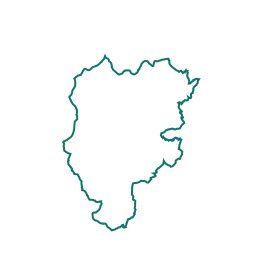 Valea Lunga, Dâmbovita, Romania (orthographic projection), rotated 139°
{"feature_id": "2599482B2007717894354", "entity_name": "Valea Lunga", "entity_type": "district", "adm_level": 2, "iso_a3": "ROU", "parent_name": "Romania", "parent_adm1": "Dâmbovita", "projection": "orthographic", "projection_center": [25.56, 45.063], "detail": "fine", "context": "isolated", "style": "outline", "palette": "teal", "viewbox_px": 256, "rotation_deg": 139, "n_neighbors": 0, "source": "geoboundaries", "source_scale": "gbopen_adm2", "svg_char_len": 5699}
<svg xmlns="http://www.w3.org/2000/svg" viewBox="0 0 256 256"><g transform="rotate(139 128 128)"><path d="M136.1,200.6L136.4,199.4L137.1,198.3L137.9,196.8L140.4,194.3L145.4,192.7L146.9,191.5L148.8,190.3L151.8,190.0L152.2,189.4L152.8,187.7L152.9,186.6L153.4,185.5L153.7,183.8L153.9,182.6L153.6,179.4L154.2,176.6L155.1,174.7L156.2,173.4L157.7,172.0L158.3,171.8L158.4,170.5L160.7,167.9L163.8,167.8L166.2,165.7L169.6,162.3L172.1,160.5L175.1,159.0L176.8,158.7L179.7,158.8L181.0,159.1L182.2,159.0L182.6,159.3L185.6,160.0L186.3,159.7L186.6,158.0L187.0,157.5L188.3,156.8L189.6,154.5L190.5,153.7L190.7,152.6L191.0,152.3L189.6,148.0L188.4,146.2L191.7,144.4L192.8,144.1L193.1,143.6L193.9,143.3L194.2,142.9L194.2,142.4L195.2,142.1L195.5,141.3L196.0,140.8L196.9,139.5L196.7,138.5L196.9,138.1L196.8,137.2L197.0,136.7L196.8,135.5L197.1,134.9L196.9,134.2L197.4,133.9L197.7,133.3L198.2,133.0L198.3,132.7L197.9,132.2L197.9,131.6L198.2,129.6L198.7,128.7L196.4,125.8L196.8,124.7L196.9,123.6L197.2,123.1L197.3,122.2L198.0,121.0L198.0,118.2L199.2,117.1L199.9,116.2L199.9,115.9L200.5,115.3L201.1,114.0L202.1,113.3L202.3,112.1L203.4,111.2L202.8,110.5L202.1,109.2L202.1,106.9L202.6,104.9L203.2,104.0L202.9,102.9L203.6,101.8L204.1,99.2L201.4,96.6L201.4,95.9L200.5,95.0L200.7,94.3L200.6,93.5L199.8,92.3L196.4,90.3L197.2,89.4L197.4,88.4L198.6,87.6L200.0,87.2L200.5,86.6L201.7,85.9L203.9,85.2L207.8,85.4L209.6,86.8L210.3,86.9L210.9,86.7L212.0,85.4L213.0,83.8L213.6,82.6L213.7,81.7L213.4,79.7L212.4,78.6L211.9,77.5L211.9,76.9L211.8,76.1L211.0,73.7L209.8,72.7L209.6,71.9L208.4,71.3L207.7,70.4L207.8,68.8L208.4,66.7L207.6,64.2L207.3,61.3L206.7,61.2L205.0,60.2L204.2,59.9L202.9,59.9L202.1,59.3L200.3,59.2L199.3,58.4L197.5,58.2L196.2,58.5L195.1,58.2L195.1,57.9L196.7,56.3L196.3,55.5L195.2,54.9L195.3,55.4L195.0,55.7L194.4,55.2L193.9,55.4L192.7,56.1L192.0,56.9L191.3,57.0L191.0,57.4L188.8,58.4L188.1,59.1L187.6,59.1L186.6,58.3L185.7,58.3L185.0,58.1L184.1,58.3L183.3,57.5L181.2,57.9L179.4,58.6L179.6,59.4L179.4,59.7L178.3,59.8L177.0,60.9L175.8,61.4L175.6,62.9L175.4,63.3L173.4,64.8L172.3,66.3L170.4,68.0L170.3,68.6L171.1,70.6L170.9,71.1L169.0,72.7L168.7,73.4L168.8,74.8L168.6,75.4L163.7,80.5L162.1,81.9L160.5,82.8L160.0,82.7L157.6,81.0L155.6,80.0L152.6,79.5L151.8,78.3L150.7,77.5L149.6,75.9L149.5,74.7L148.8,73.7L148.2,73.5L146.3,74.0L144.2,74.1L143.9,75.4L143.4,75.4L140.1,74.0L138.6,73.8L138.5,74.3L138.6,75.0L138.0,75.6L137.9,75.9L138.4,76.6L138.5,76.9L137.4,76.2L135.6,75.6L135.2,75.9L135.2,76.9L134.9,77.5L131.7,77.8L130.4,77.5L125.0,77.5L122.5,79.8L122.8,78.1L122.8,75.4L122.5,75.0L122.1,73.7L121.0,71.9L121.2,70.8L120.7,70.4L119.5,70.0L118.2,69.9L117.6,70.1L115.4,70.3L114.3,70.9L113.6,71.9L112.8,72.1L110.3,71.8L109.7,71.5L109.1,70.6L108.7,70.7L107.7,71.5L104.6,72.5L102.5,74.7L102.5,75.0L102.6,76.0L103.0,77.9L103.4,78.8L103.0,79.0L102.9,79.3L102.4,79.4L102.0,79.9L101.5,80.1L101.0,80.9L100.2,81.5L95.3,84.3L95.8,85.5L96.1,85.2L96.5,85.4L96.6,85.6L96.3,85.9L97.6,86.0L97.1,86.8L97.6,87.3L97.5,87.8L98.1,87.9L98.3,88.2L98.3,88.5L98.1,89.2L98.3,89.5L101.0,90.0L101.3,89.8L100.9,89.4L101.1,89.0L101.4,89.0L102.1,89.3L102.1,90.0L102.4,90.1L102.6,89.8L102.4,89.3L102.6,89.1L103.3,89.6L103.8,91.2L104.7,91.7L105.8,91.8L105.7,93.1L106.5,94.4L106.9,94.4L107.4,94.1L107.6,94.4L107.6,95.0L107.4,95.6L107.1,96.0L107.1,96.5L107.2,97.0L108.1,97.4L107.3,98.4L108.0,98.6L108.4,98.9L108.0,99.8L108.1,100.4L107.8,101.1L106.3,102.1L104.7,101.4L102.1,101.0L101.1,101.4L99.7,100.8L98.8,100.7L98.3,100.1L97.8,100.1L96.8,99.4L95.0,98.5L94.3,97.6L93.6,96.3L93.6,96.1L91.3,95.2L90.1,94.0L88.8,93.8L85.7,94.9L82.3,94.9L81.7,96.1L81.9,97.3L81.7,97.9L81.8,98.4L81.5,99.8L81.1,100.5L80.8,99.8L80.3,99.7L79.5,99.9L79.5,101.1L78.6,102.7L78.6,103.6L78.1,104.7L78.8,105.0L78.6,105.4L78.4,105.8L76.6,105.1L76.4,105.5L76.8,108.0L76.2,109.5L76.1,110.6L73.8,112.2L73.7,112.5L73.8,113.2L73.0,113.4L72.8,113.6L72.9,113.9L72.3,113.6L71.4,112.2L71.9,111.0L70.8,111.0L70.1,111.7L69.3,111.9L69.0,111.9L68.6,111.4L67.0,111.8L66.5,111.4L66.3,110.9L64.7,109.8L62.5,110.9L62.2,111.6L61.7,109.9L61.1,109.4L60.1,109.7L59.5,110.5L59.4,111.1L58.8,111.5L58.2,112.4L57.7,112.5L56.1,111.9L55.6,112.6L54.5,113.4L53.8,113.6L53.3,114.2L53.2,114.7L52.1,115.4L49.0,115.7L48.3,115.5L47.6,116.0L46.2,116.1L44.1,117.8L42.3,118.3L43.8,120.0L44.3,120.4L45.1,120.5L45.4,120.8L46.2,120.7L47.0,121.2L47.1,120.9L48.0,120.8L49.2,121.1L49.8,120.9L51.8,120.9L53.0,121.7L51.0,123.1L50.4,124.7L49.9,125.5L49.9,127.0L49.2,128.0L48.9,128.9L46.3,130.8L46.5,132.0L47.3,132.7L47.2,132.9L46.6,132.8L46.9,133.1L46.6,133.6L48.0,133.3L48.6,132.9L48.7,133.5L49.2,133.3L50.5,133.4L50.4,133.9L50.6,134.4L50.3,135.1L50.5,135.5L50.4,136.4L50.6,136.6L52.6,136.8L52.7,137.9L53.2,139.0L53.9,140.9L53.9,141.9L54.5,144.0L54.7,146.8L54.7,148.6L54.2,149.9L52.8,151.4L52.8,151.9L52.5,152.0L52.6,153.0L52.1,153.5L52.1,153.9L58.0,157.5L59.1,157.7L60.8,158.6L61.7,158.7L63.6,160.7L64.1,160.9L64.6,160.8L65.7,159.9L66.2,159.8L68.1,158.3L68.5,158.4L69.1,159.1L69.3,161.4L69.8,162.7L69.4,164.0L69.6,164.4L69.5,165.7L71.4,167.5L73.1,167.9L74.4,167.6L75.4,167.6L78.5,166.0L80.4,165.5L80.8,164.9L82.5,165.1L82.9,164.5L84.7,163.8L87.3,164.0L87.9,164.2L88.9,165.1L89.1,166.1L89.6,166.9L89.6,168.2L89.1,169.1L89.0,169.7L89.5,170.9L91.6,172.7L92.9,173.4L93.4,173.2L94.2,173.6L96.5,172.9L99.7,174.1L100.3,175.8L100.8,180.6L101.0,181.9L100.6,183.0L100.5,184.2L100.2,184.8L99.6,185.2L98.2,187.9L98.2,189.7L98.5,190.8L97.7,192.3L97.7,193.4L98.6,195.7L98.2,197.3L100.1,196.2L101.5,195.7L102.1,195.8L104.5,195.2L105.6,195.4L107.2,195.2L110.1,195.3L115.1,197.2L116.4,196.9L119.0,197.0L119.7,197.4L120.2,197.9L121.4,200.5L122.4,201.1L123.7,200.9L128.5,199.0L131.5,200.4L136.1,200.6Z" fill="none" stroke="#0f766e" stroke-width="2"/></g></svg>